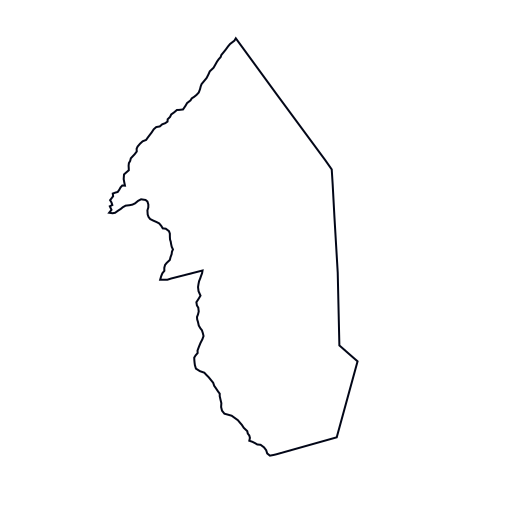 Ipupiara, Bahia, Brazil (Robinson projection), rotated 239°
{"feature_id": "56859067B89885481135396", "entity_name": "Ipupiara", "entity_type": "district", "adm_level": 2, "iso_a3": "BRA", "parent_name": "Brazil", "parent_adm1": "Bahia", "projection": "robinson", "projection_center": [-42.45, -11.837], "detail": "fine", "context": "isolated", "style": "outline", "palette": "ink", "viewbox_px": 512, "rotation_deg": 239, "n_neighbors": 0, "source": "geoboundaries", "source_scale": "gbopen_adm2", "svg_char_len": 2627}
<svg xmlns="http://www.w3.org/2000/svg" viewBox="0 0 512 512"><g transform="rotate(239 256 256)"><path d="M368.7,152.4L366.5,155.1L365.6,157.5L365.9,161.2L366.0,164.4L366.4,166.9L366.3,170.2L364.7,173.7L363.7,176.5L363.4,179.4L364.0,183.3L363.8,186.7L360.9,190.2L358.6,191.0L355.5,190.2L353.1,188.7L351.0,186.4L347.3,184.5L344.8,184.0L342.2,184.3L339.2,186.2L336.4,188.2L333.8,189.8L330.6,190.3L327.7,190.3L325.9,192.7L322.1,194.2L319.6,193.7L316.7,192.0L314.4,190.8L312.2,190.3L310.0,189.4L307.3,188.5L304.4,188.2L303.0,186.2L301.0,184.6L299.1,182.2L297.0,180.1L296.1,176.0L295.2,173.5L293.1,171.3L290.5,169.8L289.4,166.8L287.5,164.3L285.0,161.6L281.3,167.8L280.4,171.7L271.1,202.7L269.0,200.9L267.2,198.6L265.5,196.6L263.7,194.2L261.5,192.2L259.2,190.3L255.4,188.6L250.6,188.0L248.8,184.6L247.1,181.1L244.1,179.9L241.4,179.9L237.9,178.3L235.8,176.2L234.1,174.0L231.9,172.9L229.4,172.3L225.8,171.1L222.5,171.1L220.2,171.4L217.2,170.7L214.4,169.8L212.2,167.1L210.1,163.7L207.8,160.6L205.1,157.2L202.9,156.0L201.9,153.0L200.7,150.7L198.3,149.4L196.2,148.4L193.9,147.4L190.4,146.5L186.2,148.6L182.6,151.6L179.7,152.2L176.5,153.0L172.9,153.5L169.4,154.0L166.2,153.3L163.8,153.5L159.4,153.7L156.7,154.0L154.5,152.7L150.9,151.5L147.7,150.5L144.5,148.3L140.9,147.2L137.1,147.7L134.7,150.0L131.6,152.9L128.3,154.3L124.6,155.9L121.3,156.4L118.6,156.9L115.1,157.0L112.9,157.6L110.4,158.3L108.0,157.5L105.6,157.8L103.2,157.1L101.1,155.1L98.6,157.2L95.9,158.9L93.8,160.0L91.8,162.7L87.9,164.3L84.3,164.7L81.0,163.9L77.7,165.1L76.4,168.6L75.6,171.1L59.0,231.8L113.4,288.8L125.1,285.0L136.4,281.4L199.5,317.4L249.2,343.4L277.9,358.6L291.2,365.5L302.7,364.7L311.0,363.9L383.9,357.0L453.0,350.8L451.7,348.4L451.4,345.7L451.1,343.0L450.1,340.1L448.3,335.8L447.0,332.2L446.2,329.9L444.7,328.1L443.9,325.4L442.7,322.7L440.8,319.4L439.2,316.5L438.1,311.5L436.1,308.7L434.0,305.3L432.7,301.6L431.4,297.9L429.9,296.0L427.8,293.9L425.6,291.1L424.7,287.9L424.3,285.0L424.2,282.1L423.1,280.0L422.6,275.7L421.1,273.0L419.2,268.9L420.8,265.4L421.9,263.4L421.3,259.9L421.0,256.2L419.5,254.0L418.7,250.7L416.8,249.4L416.6,246.5L417.2,243.4L416.6,240.3L417.9,236.9L417.3,233.6L415.6,230.1L414.5,227.3L413.3,224.3L412.1,221.6L412.7,217.9L412.0,214.5L410.8,210.9L409.4,208.9L407.0,207.6L405.7,204.3L405.0,201.8L404.2,199.0L402.3,197.1L401.1,194.9L399.0,193.3L396.9,192.2L395.0,191.1L394.6,188.7L393.9,184.9L390.1,182.2L387.2,181.1L383.8,179.9L385.3,177.7L384.6,175.3L383.2,172.9L382.1,170.4L382.8,168.0L383.3,165.4L380.8,164.3L379.0,159.7L376.3,159.7L373.7,159.1L373.9,156.3L370.0,155.9L368.7,152.4Z" fill="none" stroke="#020617" stroke-width="2"/></g></svg>